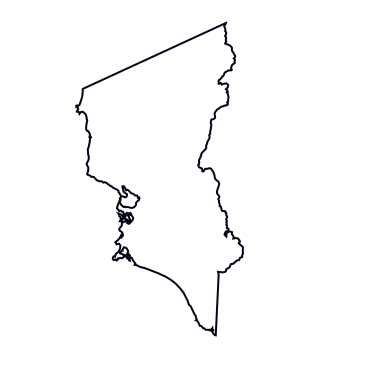 map outline of Victoria (Natural Earth projection), rotated 66°
{"feature_id": "AUS-2656", "entity_name": "Victoria", "entity_type": "State", "adm_level": 1, "iso_a3": "AUS", "parent_name": "Australia", "parent_adm1": "", "projection": "natural_earth1", "projection_center": [144.983, -36.566], "detail": "fine", "context": "isolated", "style": "outline", "palette": "ink", "viewbox_px": 384, "rotation_deg": 66, "n_neighbors": 0, "source": "natural_earth", "source_scale": "10m", "svg_char_len": 6058}
<svg xmlns="http://www.w3.org/2000/svg" viewBox="0 0 384 384"><g transform="rotate(66 192 192)"><path d="M332.6,228.6L332.0,229.4L330.2,230.1L326.5,230.4L326.9,230.1L326.8,229.6L327.2,229.0L327.0,228.7L326.7,228.7L326.4,229.4L324.7,228.8L326.0,230.8L326.1,231.5L324.8,232.9L323.3,235.6L321.4,236.4L320.7,237.3L318.2,238.1L317.5,239.2L312.8,239.3L311.5,239.8L310.7,240.7L310.1,239.4L307.6,239.4L306.5,238.9L305.1,239.4L295.6,239.7L293.7,240.7L290.0,240.2L280.7,240.7L275.3,242.0L268.6,244.4L263.7,247.0L258.4,250.7L252.4,256.0L242.6,265.8L239.6,269.6L236.5,272.2L235.3,274.0L234.8,273.5L235.3,273.0L234.8,272.8L230.4,273.8L228.2,273.7L226.9,274.7L224.7,274.6L223.3,274.9L222.5,275.3L221.9,276.1L220.5,274.6L220.0,274.3L217.0,274.6L216.1,275.1L214.8,276.7L215.8,277.8L216.4,279.1L217.3,279.2L217.4,280.8L217.9,281.5L217.7,282.2L218.0,282.6L219.0,282.5L220.7,280.6L221.8,280.5L222.1,279.1L223.0,278.0L223.4,278.1L223.8,278.8L223.6,281.1L224.0,282.2L224.0,283.2L223.1,284.1L222.5,286.9L222.8,287.3L223.5,287.0L224.0,288.6L222.5,289.5L222.5,291.0L221.2,291.7L219.9,291.0L219.1,290.2L219.0,289.5L219.6,289.1L219.8,288.6L218.0,287.2L217.2,285.9L216.9,283.8L214.7,281.0L212.0,279.2L209.7,279.6L209.4,280.2L209.2,282.1L206.7,282.5L205.9,279.5L204.7,276.8L201.7,273.0L203.8,274.4L204.6,274.6L204.0,273.3L203.3,272.6L200.9,272.2L199.9,272.5L198.0,273.7L196.8,273.8L195.9,273.1L194.1,269.8L192.1,268.8L189.8,268.2L191.3,267.4L191.7,266.9L191.3,266.4L191.7,265.3L191.3,264.0L192.2,263.5L193.2,264.0L193.9,263.9L195.5,262.4L195.0,261.1L194.2,260.6L194.5,259.5L192.6,256.6L191.6,256.3L189.0,256.6L188.4,257.1L187.4,256.5L186.2,256.9L186.4,257.4L185.7,258.4L185.4,259.4L184.5,260.1L185.2,261.5L185.3,263.5L182.5,263.0L181.8,263.2L181.1,264.4L180.1,264.7L179.8,265.1L179.4,266.1L179.6,266.4L176.9,266.8L176.6,267.2L174.8,266.1L169.9,261.1L168.3,260.4L168.3,259.8L169.9,260.3L171.6,261.9L172.2,262.2L175.0,261.9L177.7,260.7L178.2,260.0L178.0,259.3L179.0,258.5L179.4,257.1L182.0,253.7L182.3,252.4L182.2,250.9L181.7,249.5L180.9,248.4L179.1,247.4L178.3,246.0L177.7,243.7L176.2,242.4L175.5,242.5L175.4,243.7L173.4,243.4L172.9,243.6L172.2,245.3L170.0,246.3L168.1,248.2L164.6,249.4L163.8,250.3L163.5,250.8L163.7,251.6L163.3,251.8L162.2,251.3L161.4,251.6L159.5,251.7L158.9,252.1L158.5,253.2L159.1,253.6L160.7,253.7L163.5,254.4L165.3,253.8L167.5,252.3L169.1,253.2L169.8,253.9L169.4,255.8L168.6,256.1L168.1,256.7L167.5,257.6L167.5,258.6L163.7,258.7L162.5,259.2L161.1,258.7L159.8,259.2L155.4,262.8L154.0,263.2L153.1,264.3L151.6,264.8L150.9,265.6L149.0,266.3L147.3,268.1L147.4,269.0L147.1,269.4L145.5,270.1L144.5,272.4L143.7,272.9L142.6,274.2L138.3,275.6L137.1,278.0L136.5,278.0L135.4,278.6L134.2,280.0L133.1,280.6L130.5,278.3L127.6,276.8L124.0,277.0L123.4,276.7L122.2,275.6L122.0,275.0L120.2,273.2L118.3,272.1L114.9,271.4L110.6,269.8L109.1,268.3L105.7,265.8L101.4,263.2L101.0,262.0L100.3,262.1L100.0,263.2L97.8,261.7L94.2,262.0L93.8,262.7L92.4,263.2L90.9,262.9L88.3,261.6L83.8,258.5L82.3,258.5L81.3,258.0L78.1,257.6L75.3,258.5L74.1,259.5L73.7,260.6L74.8,263.0L73.2,262.7L72.3,263.5L71.8,264.5L71.4,264.3L70.3,262.4L69.5,262.1L68.0,262.0L67.6,263.1L66.8,263.0L66.0,262.4L66.9,260.5L66.6,259.3L66.1,258.8L61.1,254.2L58.6,252.5L53.4,249.8L51.4,92.3L52.1,92.9L53.3,94.8L53.9,95.2L56.7,95.3L57.5,95.5L58.5,96.3L60.1,95.8L62.3,97.3L62.9,98.4L64.9,98.0L67.0,99.4L68.6,99.5L69.2,100.9L69.7,101.3L70.4,101.1L71.6,99.5L73.5,97.8L76.1,96.8L79.0,97.9L80.4,97.9L81.7,97.4L82.7,97.7L84.8,97.2L85.6,97.3L86.4,98.1L86.9,99.5L88.0,99.0L88.7,99.0L90.3,100.3L91.4,100.3L91.8,101.3L92.1,103.4L93.6,105.1L94.9,106.1L96.5,105.9L96.8,106.6L95.8,109.3L96.2,113.5L98.8,116.2L98.8,117.4L99.7,118.6L100.6,120.7L100.6,121.9L101.6,122.8L103.3,123.1L103.8,123.6L104.3,123.3L104.0,121.4L106.0,121.1L106.1,120.4L105.9,119.5L106.9,116.2L108.9,115.4L111.0,116.9L111.8,119.2L113.5,118.3L114.9,119.6L115.4,118.7L117.1,119.6L120.0,119.9L122.8,121.7L124.0,122.0L124.4,123.5L125.8,123.2L126.9,124.1L126.6,125.2L126.8,126.4L126.2,127.3L126.4,128.7L126.0,130.1L127.0,135.7L128.7,138.8L130.0,139.7L132.8,140.3L133.9,141.2L134.2,143.4L133.7,144.3L134.0,145.2L136.1,146.6L138.7,147.1L140.0,147.8L140.6,148.5L141.6,148.8L143.8,150.6L146.4,151.8L146.9,153.1L149.0,153.6L150.1,154.3L152.7,157.8L153.6,158.3L155.7,160.5L157.2,160.8L158.1,161.7L160.2,166.9L161.2,168.2L162.4,168.7L165.9,172.8L168.3,173.5L169.1,174.5L169.7,174.6L169.8,175.2L170.2,175.5L172.4,175.4L174.8,173.2L176.9,174.1L177.5,174.0L177.8,173.4L177.6,172.6L176.2,170.5L177.1,168.5L177.4,166.2L178.5,165.1L182.0,164.5L185.1,164.5L188.7,165.5L190.0,165.3L193.7,163.6L195.0,163.7L196.2,164.2L201.5,168.9L202.8,169.5L204.2,169.6L206.2,169.0L207.6,169.0L208.2,169.4L209.0,170.8L211.4,170.9L212.5,171.6L214.4,171.7L216.2,172.4L216.4,171.8L217.1,171.6L221.0,172.3L221.5,172.1L223.0,169.6L223.3,169.4L224.3,169.8L225.2,169.3L226.5,170.0L229.0,170.0L231.0,171.9L233.1,172.1L233.5,172.9L234.8,173.0L235.9,174.0L236.9,173.6L238.5,174.7L239.3,174.8L239.9,173.9L240.8,173.7L242.1,174.4L241.9,177.0L242.3,177.8L244.0,179.6L246.8,178.8L246.5,178.4L244.4,177.9L243.6,176.8L243.2,174.3L243.7,173.1L244.9,171.8L246.4,172.7L249.2,172.2L250.3,172.3L251.3,173.2L252.0,170.6L252.6,169.5L253.5,168.7L254.7,168.7L255.8,168.2L257.0,168.6L257.5,169.9L258.1,170.1L263.0,167.9L267.9,170.2L269.1,170.5L270.1,171.9L271.8,172.6L271.9,173.0L271.6,174.7L271.9,175.3L273.0,176.1L273.3,176.9L272.8,179.4L273.2,179.8L274.2,183.5L274.3,184.0L273.7,185.3L273.9,186.1L275.8,188.0L276.4,189.8L276.4,192.0L276.8,192.6L277.9,192.9L278.4,194.1L278.1,196.3L275.5,200.7L278.4,201.3L332.6,228.6ZM191.9,259.7L192.6,260.2L193.6,261.6L191.1,262.2L189.2,264.1L187.0,263.1L186.6,261.4L187.5,260.1L187.2,259.5L187.5,259.0L189.5,260.0L191.9,259.7ZM188.0,267.0L188.9,267.2L189.4,268.7L189.2,269.6L188.1,268.3L186.4,267.6L185.3,267.7L184.6,268.2L183.7,267.7L181.8,268.0L184.1,265.6L186.9,265.0L188.1,265.6L187.7,265.9L188.1,266.6L188.0,267.0ZM227.7,276.3L229.5,276.7L229.0,277.2L227.1,277.2L226.4,278.3L225.8,278.3L224.4,277.5L223.7,276.4L225.6,276.7L227.7,276.3Z" fill="none" stroke="#020617" stroke-width="2"/></g></svg>